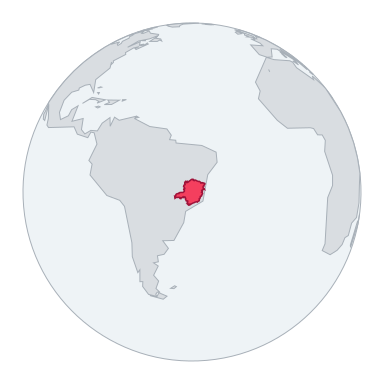 globe centered on Minas Gerais, rotated 355°
{"feature_id": "BRA-601", "entity_name": "Minas Gerais", "entity_type": "State", "adm_level": 1, "iso_a3": "BRA", "parent_name": "Brazil", "parent_adm1": "", "projection": "orthographic", "projection_center": [-44.656, -18.566], "detail": "fine", "context": "on_globe", "style": "filled", "palette": "rose", "viewbox_px": 384, "rotation_deg": 355, "n_neighbors": 0, "source": "natural_earth", "source_scale": "10m", "svg_char_len": 9400}
<svg xmlns="http://www.w3.org/2000/svg" viewBox="0 0 384 384"><g transform="rotate(355 192 192)"><circle cx="192" cy="192" r="169" fill="#eef3f6" stroke="#a8b0b8"/><path d="M153.0,27.6L152.7,27.7L151.6,27.9L153.0,27.6ZM142.6,30.4L129.4,35.1L125.2,37.0L124.2,37.8L133.1,36.2L130.5,38.1L130.9,39.6L134.6,37.7L135.7,35.9L142.8,33.2L143.2,31.9L146.2,30.8L148.7,29.3L153.9,28.3L157.5,28.2L155.7,29.6L157.2,29.8L163.5,27.8L164.4,30.2L172.5,32.1L172.2,33.1L163.3,35.7L152.0,36.9L140.5,42.2L153.5,37.8L152.4,41.3L154.5,41.7L157.9,41.2L160.5,39.6L161.3,40.8L148.7,45.2L147.8,44.1L151.8,42.6L146.4,43.4L137.9,47.3L138.0,49.2L125.1,54.5L125.0,56.1L122.1,58.5L123.2,55.4L121.1,61.4L105.9,71.6L102.7,84.3L99.8,75.9L95.0,76.3L88.8,78.6L88.1,80.6L80.9,82.1L72.6,89.4L66.9,101.1L67.3,108.4L75.5,105.3L79.3,99.5L86.0,96.2L78.6,111.1L90.0,109.3L87.3,120.2L90.3,124.8L96.6,121.8L103.0,122.9L108.5,115.6L116.8,110.7L116.2,119.4L121.4,110.7L125.7,114.2L142.8,111.7L141.3,113.9L155.7,123.1L172.5,127.0L176.3,133.6L174.2,137.9L180.3,139.0L180.4,141.8L205.8,146.5L219.5,154.4L219.6,164.6L209.2,176.1L202.1,202.0L184.0,210.7L181.1,221.8L169.8,238.7L158.6,238.0L163.6,246.1L158.8,251.6L152.0,252.5L152.4,258.6L147.5,259.2L151.9,262.8L146.5,271.6L151.0,277.8L147.7,285.0L150.9,288.7L148.6,288.8L147.0,290.6L147.7,292.9L139.8,290.2L134.6,281.8L135.2,277.0L132.3,276.8L133.3,264.9L131.0,267.6L126.9,251.2L127.7,237.3L123.5,200.4L119.3,194.0L106.9,188.1L91.9,166.2L94.9,155.5L92.0,151.6L101.5,136.0L99.7,124.5L96.5,123.5L92.9,128.8L82.8,124.4L80.2,116.8L54.7,115.3L53.3,112.7L55.3,106.2L57.0,92.1L51.5,107.9L50.2,106.3L51.1,101.5L53.0,98.9L56.8,91.2L57.1,90.3L57.8,89.3L66.2,79.2L75.3,69.8L85.1,61.1L95.6,53.2L106.7,46.2L118.2,40.0L130.2,34.7L142.6,30.4ZM100.7,89.1L113.9,92.6L105.2,95.2L107.1,93.6L104.0,91.6L97.8,90.8L90.6,94.2L100.7,89.1ZM109.3,80.1L107.0,80.1L109.5,79.5L109.3,80.1ZM145.7,30.1L147.2,29.7L146.0,30.1L145.7,30.1ZM145.4,29.9L143.0,30.7L142.5,30.7L144.0,30.3L145.4,29.9ZM148.6,29.0L141.9,30.8L141.1,31.0L146.2,29.4L148.6,29.0ZM154.0,296.3L141.0,291.5L147.8,293.4L150.3,289.5L158.0,293.6L154.0,296.3ZM162.3,286.1L166.5,283.9L168.2,284.9L165.6,286.7L162.3,286.1ZM323.1,85.4L321.1,83.3L315.2,76.6L315.2,76.4L323.1,85.4ZM313.9,75.0L310.9,72.6L316.6,78.7L317.3,80.1L308.0,70.6L305.5,67.9L291.8,57.3L294.1,59.7L307.2,70.1L305.0,68.6L308.2,72.7L304.1,68.4L289.2,57.2L283.4,56.2L283.6,64.5L278.6,64.3L271.0,61.0L263.3,50.6L275.3,52.5L272.7,49.6L263.8,44.5L268.2,45.8L266.0,44.2L269.9,45.1L269.0,42.9L272.0,43.9L265.5,40.0L266.1,40.2L269.8,42.3L273.9,44.5L278.9,47.1L291.4,55.4L303.1,64.7L313.9,75.0ZM273.9,44.2L273.1,43.8L262.3,38.4L259.8,37.4L252.5,34.3L252.2,34.1L263.2,38.8L273.9,44.2ZM340.5,111.3L338.5,107.8L337.8,106.6L340.5,111.3ZM337.0,105.2L338.7,108.2L334.8,101.8L346.9,124.6L350.6,133.9L353.4,142.0L357.3,157.1L359.8,172.5L360.9,188.0L359.4,199.3L357.4,217.4L353.7,231.7L348.3,236.9L343.9,249.0L340.4,250.8L337.0,257.4L331.5,262.7L324.1,266.5L316.6,261.7L320.0,255.2L322.1,240.9L326.7,209.4L332.6,197.8L333.5,187.6L327.7,163.1L329.3,152.2L326.7,146.5L322.1,146.0L318.7,139.4L315.5,138.3L292.6,136.8L283.2,128.0L266.3,104.9L268.7,97.3L264.8,88.1L277.8,64.3L285.3,67.3L300.9,69.8L303.7,71.6L307.0,77.3L322.9,90.7L321.9,86.9L331.1,96.8L333.9,100.3L337.0,105.2ZM279.0,76.6L279.9,79.1L279.0,76.6ZM143.4,111.6L145.4,113.0L142.6,113.4L143.4,111.6ZM103.4,98.8L106.5,98.3L107.9,99.2L105.4,100.1L103.4,98.8ZM130.8,94.0L134.7,94.2L130.4,95.4L130.8,94.0ZM116.1,93.0L127.7,94.2L119.5,97.8L112.3,97.3L117.6,95.6L116.1,93.0ZM106.6,84.7L108.4,84.8L107.5,86.3L106.6,84.7ZM111.2,79.7L110.4,79.9L109.7,79.1L111.2,79.7ZM153.1,41.0L154.2,40.7L157.3,40.5L155.3,41.3L153.1,41.0ZM174.2,36.8L175.0,39.0L173.1,37.8L170.5,39.0L163.1,38.3L171.6,33.7L169.1,35.7L174.2,36.8ZM155.7,36.8L159.4,37.3L155.0,36.9L155.7,36.8ZM250.2,36.1L253.7,37.3L255.2,38.6L251.4,38.8L249.1,36.6L250.2,36.1ZM258.1,38.8L248.5,34.1L250.4,34.3L251.0,34.9L253.2,35.5L254.7,36.7L266.0,42.0L268.1,43.7L259.9,42.2L261.5,41.6L258.0,40.2L258.1,38.8ZM220.4,26.1L216.2,25.3L225.9,26.6L228.7,27.3L225.1,27.1L219.7,26.2L220.4,26.1ZM159.0,26.3L156.8,26.8L157.3,26.6L159.6,26.2L159.0,26.3ZM168.4,24.7L169.2,24.6L166.9,24.9L172.4,24.5L168.4,25.4L165.0,25.5L166.1,26.2L161.4,26.6L162.9,27.1L155.7,27.3L151.5,28.2L157.6,26.8L161.4,25.9L161.7,25.8L161.1,25.9L168.4,24.7ZM209.9,24.0L213.0,24.3L213.6,24.4L197.9,24.0L194.5,25.0L193.9,26.3L186.8,26.0L182.9,24.8L181.4,23.8L185.7,23.2L181.8,23.4L182.6,23.3L185.4,23.2L183.3,23.3L196.6,23.1L209.9,24.0ZM303.8,70.2L305.3,71.1L307.1,71.9L309.2,74.7L303.8,70.2ZM293.7,62.5L294.7,62.6L298.4,66.5L296.7,65.8L293.7,62.5ZM292.0,59.6L294.4,62.3L292.1,60.4L292.0,59.6ZM270.4,42.5L271.0,42.7L272.3,43.4L273.4,44.1L270.4,42.5ZM319.5,82.4L322.7,85.6L320.0,83.2L319.5,82.4ZM354.4,238.7L345.1,261.0L345.1,258.6L348.5,250.3L354.2,235.9L355.4,234.5L356.9,228.9L354.4,238.7Z" fill="#d9dde1" stroke="#a8b0b8" stroke-width="1"/><path d="M186.7,180.7L187.1,180.9L187.3,181.0L187.4,181.3L187.5,181.3L187.9,181.3L188.1,181.1L188.2,181.5L187.9,182.2L188.0,182.2L188.3,182.1L188.4,181.9L188.9,181.9L189.1,181.8L189.2,181.6L189.3,181.5L189.4,181.3L189.7,181.3L189.9,181.2L190.1,181.1L190.4,180.7L190.7,180.7L191.4,180.3L191.5,180.1L192.3,179.6L192.8,179.4L193.0,179.3L193.3,179.3L193.8,179.4L194.0,179.4L194.4,179.5L194.5,179.6L194.3,179.8L194.2,180.2L194.3,180.3L194.3,180.5L195.3,180.9L195.5,180.8L195.6,180.6L196.1,180.4L196.3,180.4L196.9,180.6L197.0,180.8L197.7,181.3L197.9,181.3L198.3,181.6L198.7,181.8L199.0,181.9L199.3,182.1L199.6,182.0L200.0,181.9L201.4,183.0L201.5,183.8L202.0,183.9L202.3,183.8L202.4,183.6L202.5,183.6L202.9,183.6L203.1,183.8L203.4,183.7L203.5,183.8L203.7,184.0L203.9,183.9L204.2,184.1L204.6,184.1L204.7,184.3L204.8,184.3L205.2,184.6L205.4,184.6L205.5,184.8L205.6,185.0L205.4,185.2L205.3,185.5L205.0,185.8L204.8,186.1L204.6,186.2L204.4,186.3L204.3,186.8L204.4,187.0L203.8,187.1L203.6,187.3L203.5,187.9L203.5,188.3L203.4,188.4L203.4,188.7L203.5,188.7L203.6,188.8L203.7,189.0L203.9,189.2L204.0,189.4L204.2,189.5L204.5,189.8L204.5,190.0L204.4,190.2L204.5,190.4L204.3,190.3L204.2,190.3L204.1,190.2L203.9,190.2L203.7,190.3L203.6,190.2L203.2,190.3L202.8,190.4L202.7,190.3L202.9,190.7L202.9,190.9L202.7,190.9L202.4,190.8L202.2,191.0L201.9,191.2L201.8,191.3L201.9,191.5L202.0,191.5L202.2,191.8L202.1,192.4L202.4,192.4L202.4,192.7L202.3,192.9L201.9,192.9L201.7,192.8L201.6,193.0L201.9,193.0L202.0,193.2L202.0,193.3L202.0,193.5L202.3,193.8L202.3,194.2L202.4,194.3L202.3,194.8L202.2,194.9L202.1,195.0L201.7,195.3L201.6,195.9L201.5,196.1L201.4,196.1L201.2,196.7L201.1,196.9L200.1,196.9L200.0,197.0L199.8,197.3L199.8,197.5L199.9,197.9L199.7,198.2L199.8,198.1L199.6,198.5L199.4,199.0L199.1,199.0L198.9,199.1L199.0,199.2L199.0,199.3L198.8,199.7L198.8,199.8L198.7,200.2L198.5,200.3L198.5,200.6L198.3,201.0L198.5,201.1L198.5,201.3L198.4,201.4L197.8,201.7L196.8,202.0L196.7,202.2L196.4,202.2L196.4,202.4L196.2,202.3L196.2,202.2L195.6,202.1L195.2,202.3L194.9,202.3L194.7,202.3L194.4,202.3L193.6,202.6L193.1,202.9L192.6,202.9L192.3,203.0L192.1,203.1L191.8,203.2L191.3,203.4L190.9,203.5L190.5,203.8L190.4,203.8L190.0,204.0L189.9,203.9L189.7,204.0L189.5,203.9L189.3,204.0L189.2,204.0L189.3,203.9L189.1,203.9L189.1,204.0L188.9,204.2L188.9,204.3L189.1,204.3L189.1,204.5L188.9,204.6L188.7,204.7L188.4,204.6L188.0,204.8L187.9,204.6L187.6,204.7L187.4,204.7L187.4,204.4L187.0,204.1L187.3,204.0L187.2,203.8L187.3,203.7L186.9,203.6L186.8,203.4L186.6,203.3L186.5,203.2L186.4,203.1L186.5,202.8L186.7,202.5L186.6,202.4L186.4,202.4L186.5,202.3L186.5,202.2L186.5,201.9L186.5,201.6L186.7,201.2L186.8,201.2L186.9,200.8L187.0,200.7L186.9,200.6L186.7,200.5L186.6,200.4L186.4,200.4L186.2,200.3L185.9,200.4L185.6,200.4L185.6,200.2L185.4,199.8L185.2,199.6L185.1,199.3L185.1,199.2L184.9,199.0L185.0,198.6L185.1,198.3L185.2,198.2L185.1,197.8L184.8,197.7L184.7,197.6L184.8,197.2L184.9,196.9L184.7,196.6L184.4,196.5L184.3,196.4L184.3,196.2L184.2,196.2L183.9,196.3L183.7,196.4L183.5,196.2L183.1,196.3L183.1,196.6L182.9,196.6L182.8,196.4L182.7,196.6L182.6,196.8L182.3,196.6L182.2,196.4L182.1,196.5L181.9,196.7L181.6,196.7L181.4,196.7L181.2,196.7L181.0,196.8L180.8,196.8L180.5,196.8L180.4,196.8L180.3,197.1L180.4,197.6L180.1,197.6L180.1,197.1L180.0,196.9L179.9,196.8L179.6,197.3L179.4,197.3L179.2,196.8L179.1,196.6L179.3,196.4L179.2,196.3L178.9,196.3L178.5,196.2L177.5,196.2L176.3,196.1L176.0,195.9L175.8,195.8L175.7,195.9L175.6,196.0L175.3,196.3L174.8,196.6L174.5,196.8L174.4,195.8L174.4,195.6L174.4,195.3L174.6,195.2L174.5,194.9L174.8,195.0L174.8,194.9L174.7,194.8L174.8,194.4L175.0,194.2L175.3,193.9L175.5,193.9L175.8,193.6L175.7,193.3L176.2,192.7L176.3,192.6L176.8,192.5L177.0,192.4L177.7,192.4L178.3,192.1L178.5,192.0L178.7,192.3L178.8,192.4L179.4,191.7L180.0,191.4L180.4,191.5L180.9,191.5L181.9,191.5L182.3,191.6L182.5,191.6L182.9,191.7L183.6,191.3L183.8,191.1L184.2,190.9L184.5,190.6L184.4,189.9L184.5,189.6L184.7,189.4L184.7,189.1L184.3,188.9L184.1,189.0L183.9,188.9L183.9,188.7L184.0,188.4L184.3,188.2L184.5,187.9L184.7,187.7L184.8,187.7L184.7,187.5L184.8,187.4L185.0,187.3L184.6,186.4L184.4,186.2L184.1,186.0L184.1,185.9L184.1,185.7L184.3,185.6L184.4,185.2L184.4,184.9L184.5,184.6L185.0,184.3L185.3,184.2L185.6,184.2L185.8,184.1L185.8,183.8L185.7,183.3L185.5,183.1L185.5,182.8L185.8,182.5L185.7,182.2L185.6,181.7L185.9,181.6L186.1,181.6L186.4,181.7L186.6,181.7L186.6,181.4L186.6,181.1L186.5,180.9L186.7,180.7Z" fill="#f43f5e" stroke="#9f1239" stroke-width="1.5"/></g></svg>